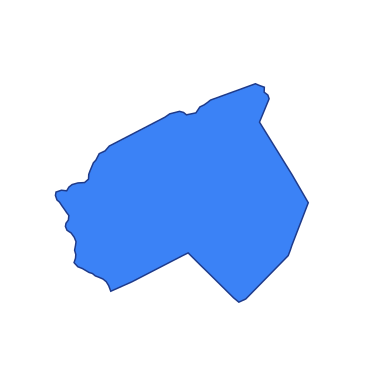 Batalha, Alagoas, Brazil, rotated 122°
{"feature_id": "56859067B6821079031532", "entity_name": "Batalha", "entity_type": "district", "adm_level": 2, "iso_a3": "BRA", "parent_name": "Brazil", "parent_adm1": "Alagoas", "projection": "albers", "projection_center": [-37.075, -9.708], "detail": "fine", "context": "isolated", "style": "filled", "palette": "blue", "viewbox_px": 384, "rotation_deg": 122, "n_neighbors": 0, "source": "geoboundaries", "source_scale": "gbopen_adm2", "svg_char_len": 1080}
<svg xmlns="http://www.w3.org/2000/svg" viewBox="0 0 384 384"><g transform="rotate(122 192 192)"><path d="M260.6,93.9L254.2,89.7L202.8,78.4L195.0,76.7L189.3,77.8L184.4,79.0L139.5,87.7L124.3,116.4L97.0,171.8L72.1,176.0L69.6,179.0L69.1,183.7L64.8,186.2L65.9,191.2L66.6,195.6L104.2,225.0L108.6,226.6L111.7,227.9L115.7,230.4L122.8,230.6L129.5,237.6L129.0,241.3L130.2,245.3L137.5,252.3L142.9,254.6L196.8,286.5L203.2,287.5L208.6,291.0L215.9,290.4L219.5,291.1L228.0,289.7L231.8,288.9L235.9,286.6L240.9,288.1L244.8,293.6L249.2,297.6L253.1,299.0L257.4,298.9L259.7,303.7L264.1,307.3L267.3,306.0L270.3,302.3L270.8,299.0L272.6,295.1L274.4,290.8L275.9,287.4L277.2,284.0L281.3,282.0L285.3,282.3L288.3,281.1L290.7,277.7L290.8,272.8L292.8,267.9L295.6,264.0L299.0,262.5L303.6,260.7L306.6,257.4L309.9,255.7L314.4,254.6L315.9,249.2L315.0,244.4L314.9,240.6L314.8,236.7L313.9,233.3L314.4,229.5L313.7,226.1L313.0,221.6L313.5,217.2L315.6,213.0L319.2,208.3L299.9,195.3L251.2,166.4L245.7,163.0L249.6,145.9L251.8,135.7L259.7,100.7L260.6,93.9Z" fill="#3b82f6" stroke="#1e3a8a" stroke-width="1.5"/></g></svg>